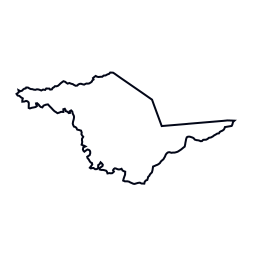 Sítio do Quinto, Bahia, Brazil (Albers equal-area conic projection), rotated 173°
{"feature_id": "56859067B85843569358413", "entity_name": "Sítio do Quinto", "entity_type": "district", "adm_level": 2, "iso_a3": "BRA", "parent_name": "Brazil", "parent_adm1": "Bahia", "projection": "albers", "projection_center": [-38.119, -10.319], "detail": "fine", "context": "isolated", "style": "outline", "palette": "ink", "viewbox_px": 256, "rotation_deg": 173, "n_neighbors": 0, "source": "geoboundaries", "source_scale": "gbopen_adm2", "svg_char_len": 3794}
<svg xmlns="http://www.w3.org/2000/svg" viewBox="0 0 256 256"><g transform="rotate(173 128 128)"><path d="M232.1,178.9L231.9,177.0L233.0,176.2L234.5,175.4L233.6,173.7L231.9,173.1L230.5,171.5L228.8,170.2L229.5,168.5L229.7,167.0L227.6,166.9L225.9,167.3L224.5,166.7L223.5,165.5L223.5,164.0L223.9,161.7L224.1,160.0L223.0,159.4L221.0,159.8L219.1,159.9L217.1,160.1L215.7,160.9L216.2,162.4L216.3,163.6L215.2,163.7L213.9,162.2L213.0,160.6L212.0,159.5L210.5,158.9L209.1,160.5L206.8,161.1L204.6,161.2L202.8,158.7L201.6,157.2L200.2,155.2L198.9,153.6L197.5,152.5L196.2,151.3L194.1,151.7L192.5,152.2L190.2,151.8L190.0,153.0L189.9,154.5L188.4,154.8L187.9,153.8L187.7,152.3L186.1,151.5L184.9,150.0L183.7,150.1L183.8,151.7L182.3,152.4L181.3,151.1L181.1,149.0L180.3,146.8L180.2,145.5L180.7,143.6L181.2,142.3L181.8,140.9L182.3,139.0L182.1,137.8L181.5,136.0L180.2,135.4L179.3,134.6L178.6,132.6L176.7,131.9L174.9,131.1L174.5,129.1L175.0,127.6L174.5,126.3L173.5,124.7L174.9,123.0L175.2,121.6L175.1,120.1L175.4,118.6L176.1,117.1L174.9,116.3L173.6,115.7L172.5,114.9L174.7,114.2L175.4,112.2L175.0,110.8L174.2,109.8L172.5,110.8L170.9,111.6L169.6,111.1L168.7,110.2L168.4,108.9L168.6,107.4L169.4,105.7L170.7,105.1L172.0,104.4L171.8,103.0L170.8,101.6L170.1,99.8L169.3,98.4L168.1,97.7L167.9,96.2L169.1,94.8L170.7,93.2L169.8,92.4L168.6,92.6L167.1,92.5L165.6,91.1L163.9,91.0L162.5,91.9L162.3,93.4L162.1,94.8L160.6,95.6L159.4,97.3L158.2,95.9L157.5,94.6L157.9,93.4L159.5,92.5L161.2,91.6L161.2,90.3L159.6,89.6L157.8,89.4L156.3,88.9L154.8,88.2L154.2,87.0L153.9,85.4L151.9,85.5L150.5,85.1L149.1,85.1L147.3,86.4L148.0,87.9L147.0,89.1L145.9,89.6L144.6,89.1L143.5,88.4L142.3,88.0L141.1,87.9L139.4,88.3L138.6,86.5L137.5,85.7L136.1,85.0L136.3,83.8L136.6,82.0L137.6,80.1L138.5,78.2L139.2,76.4L137.5,75.4L135.3,75.2L133.5,74.6L132.4,73.7L131.0,72.9L129.5,72.0L128.2,71.7L126.5,72.0L124.6,72.3L122.9,72.3L121.5,71.3L119.8,71.0L118.6,70.8L118.0,72.5L116.8,73.7L115.2,74.1L114.5,75.6L113.9,77.1L112.6,78.0L112.0,79.1L111.0,80.0L109.7,81.0L108.8,83.2L108.3,85.0L107.8,86.7L106.2,87.1L105.0,87.5L103.4,87.9L102.1,88.4L100.5,89.4L99.5,90.7L98.0,91.8L96.7,92.6L95.8,93.8L95.0,94.8L94.4,95.8L93.8,96.9L92.9,97.9L91.6,98.8L90.1,99.0L89.0,98.6L88.0,98.1L86.4,98.1L84.8,97.9L83.2,98.1L81.6,98.4L79.7,99.3L77.9,100.2L76.8,100.9L75.4,101.8L74.0,102.6L73.6,103.8L73.2,104.9L72.9,106.1L72.5,107.3L72.1,108.5L71.7,109.8L70.8,111.6L69.4,112.1L67.8,111.9L66.3,111.2L65.0,110.6L64.0,109.8L63.2,108.4L61.5,107.6L60.1,107.3L58.7,106.8L57.7,106.1L56.2,106.0L54.8,107.1L53.4,107.0L51.9,106.9L50.4,107.4L49.0,108.4L46.9,108.5L44.8,109.3L43.4,110.2L42.0,110.7L40.1,111.6L38.4,111.6L37.4,112.9L36.2,113.4L34.5,113.9L33.0,114.8L32.2,116.0L31.7,117.1L24.9,117.4L24.0,118.7L23.5,120.0L22.9,121.3L21.5,122.3L27.0,123.2L28.4,123.4L33.0,123.5L66.7,124.8L70.6,124.9L91.1,125.7L94.3,125.8L99.6,148.4L100.2,151.1L100.7,153.2L110.5,162.0L120.2,170.6L129.1,178.5L132.3,181.4L134.7,183.6L136.0,184.7L137.5,185.0L138.9,185.2L140.1,184.1L142.2,183.6L143.8,182.9L145.8,183.0L147.3,182.0L149.1,182.2L151.1,182.2L152.7,182.8L153.7,183.6L155.0,182.9L156.7,181.8L156.3,180.3L157.6,179.6L158.2,178.5L159.3,177.8L161.0,177.0L162.4,176.9L163.6,177.2L164.7,177.0L166.3,176.4L167.9,177.0L169.2,177.6L170.5,177.7L171.9,177.3L173.2,176.3L174.8,176.3L176.2,177.2L177.5,178.3L178.9,178.8L180.7,179.8L182.5,179.4L183.5,180.2L184.7,181.5L186.4,182.3L188.0,181.4L189.5,180.5L190.8,179.5L192.2,178.5L193.8,178.1L195.4,178.4L196.7,177.4L197.8,177.0L198.9,175.6L200.6,175.6L201.3,176.7L202.8,176.9L204.3,177.2L205.6,175.9L207.6,176.5L209.5,175.8L211.1,176.7L212.3,177.2L213.7,177.5L215.2,177.2L216.7,177.5L218.2,178.2L219.7,178.5L220.8,179.1L222.3,180.3L224.1,180.6L224.8,179.7L226.0,179.7L227.4,179.0L228.5,178.0L230.3,177.6L232.1,178.9Z" fill="none" stroke="#020617" stroke-width="2"/></g></svg>